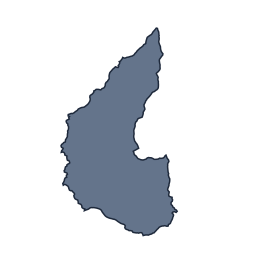 outline of Monte Santo do Tocantins, Tocantins, Brazil, rotated 100°
{"feature_id": "56859067B11136722399220", "entity_name": "Monte Santo do Tocantins", "entity_type": "district", "adm_level": 2, "iso_a3": "BRA", "parent_name": "Brazil", "parent_adm1": "Tocantins", "projection": "albers", "projection_center": [-49.085, -9.988], "detail": "fine", "context": "isolated", "style": "filled", "palette": "slate", "viewbox_px": 256, "rotation_deg": 100, "n_neighbors": 0, "source": "geoboundaries", "source_scale": "gbopen_adm2", "svg_char_len": 5086}
<svg xmlns="http://www.w3.org/2000/svg" viewBox="0 0 256 256"><g transform="rotate(100 128 128)"><path d="M187.8,76.0L186.4,76.4L185.0,76.3L183.8,76.3L183.0,77.3L182.1,78.2L180.9,78.3L179.2,78.0L177.6,77.7L176.1,77.9L174.4,77.7L173.1,77.7L171.6,77.9L170.5,78.2L169.7,79.0L168.6,79.5L167.2,80.2L166.0,80.0L164.6,80.8L162.9,81.3L161.1,81.8L159.2,82.3L157.9,82.4L156.7,82.7L155.4,82.5L154.0,81.9L152.5,82.5L151.5,83.6L150.7,84.4L149.4,85.1L148.1,85.9L149.0,86.7L150.2,87.1L151.3,87.9L151.9,89.2L152.2,90.4L152.2,91.6L153.3,92.8L153.8,94.3L154.1,95.5L154.3,96.8L153.6,98.5L153.3,100.1L153.5,101.4L153.5,102.6L154.2,103.9L155.5,104.8L156.2,106.2L156.8,107.3L157.0,108.4L157.0,109.9L156.7,111.3L156.4,112.9L155.5,113.9L154.2,115.1L153.8,116.1L152.9,117.3L151.2,118.0L150.0,118.8L146.1,114.0L144.5,114.9L143.5,115.5L142.3,116.4L141.4,117.5L140.6,118.2L139.8,119.1L138.5,119.7L137.3,120.2L136.0,120.8L134.4,121.0L132.8,121.0L130.9,121.5L129.3,121.9L128.1,121.8L126.6,121.5L124.8,121.3L123.5,121.7L122.2,121.6L120.9,121.5L119.9,120.6L118.4,120.2L117.0,119.7L116.2,118.4L115.6,117.2L114.8,115.9L113.2,115.7L111.4,115.5L109.9,115.8L108.3,115.2L106.5,114.6L105.1,115.2L103.9,115.9L102.3,116.3L100.8,115.8L99.4,115.4L98.0,115.2L97.1,114.6L96.0,114.3L95.0,113.6L93.8,112.8L92.3,111.9L90.5,111.0L89.0,110.4L88.1,109.5L87.4,108.2L86.2,107.3L85.3,106.2L84.4,105.6L83.3,105.2L81.7,105.3L79.7,105.6L78.2,106.0L76.8,106.2L75.6,106.9L74.4,107.1L72.8,107.1L71.5,108.0L70.5,108.9L69.3,109.6L68.2,108.9L67.3,108.0L66.1,107.4L65.0,106.8L63.8,106.7L62.3,107.1L60.2,107.4L58.7,108.1L57.4,108.5L56.2,108.9L54.9,108.9L53.9,108.4L52.9,107.9L51.7,107.4L50.3,106.5L48.8,106.5L47.8,107.7L46.7,108.6L45.6,109.2L44.3,109.7L43.1,110.0L42.0,110.3L40.6,111.3L39.3,112.0L38.3,112.5L37.2,112.8L35.7,112.7L34.0,112.9L32.6,113.5L31.5,113.4L30.4,113.9L29.2,114.1L27.8,114.6L26.5,115.6L24.8,116.3L24.7,117.5L26.2,118.3L27.7,119.2L29.1,120.1L30.7,120.6L31.9,121.2L32.8,122.3L34.1,123.6L35.4,124.8L36.7,125.0L38.4,125.2L40.5,125.3L41.8,125.2L43.2,127.0L44.5,127.5L45.5,128.3L46.4,129.1L47.3,130.1L48.6,131.0L50.3,132.3L51.9,133.0L53.4,134.1L54.7,134.6L56.3,136.2L57.1,138.0L58.2,140.1L58.6,141.4L59.5,142.7L59.8,143.8L59.4,145.5L60.5,145.6L62.0,146.4L63.4,147.0L64.1,148.2L65.2,147.4L67.1,147.8L68.1,148.5L69.0,147.9L70.1,148.2L70.2,149.4L69.9,151.0L71.4,152.1L72.8,153.3L74.3,154.1L75.7,155.0L77.0,155.6L78.8,155.7L80.1,155.7L81.2,155.4L82.8,155.1L84.6,156.0L85.7,156.4L86.9,157.5L88.5,158.0L90.0,157.8L91.5,158.1L92.8,158.8L93.7,160.4L95.2,161.4L95.1,164.2L95.5,166.1L96.8,167.1L97.4,168.1L98.7,167.9L100.6,168.9L101.6,170.0L102.7,171.0L104.2,171.0L105.8,170.3L107.2,170.1L108.7,170.4L110.3,171.0L111.6,171.7L112.8,172.7L114.9,174.6L115.4,175.7L115.9,177.3L117.0,179.0L118.0,180.3L119.5,181.0L121.0,182.7L122.3,183.7L123.4,185.1L123.5,186.5L124.4,187.9L125.1,189.2L126.5,189.1L126.9,187.6L128.1,188.2L129.3,187.4L130.2,188.6L131.3,190.0L132.5,190.0L133.8,189.1L134.4,188.0L135.8,187.7L137.0,186.8L138.6,186.5L140.2,186.5L141.4,187.0L142.9,186.5L144.2,186.6L145.3,186.5L147.1,186.2L149.1,186.9L150.5,187.5L152.6,187.3L153.4,188.7L154.6,189.4L155.7,190.5L157.2,190.9L158.6,190.1L159.2,188.3L160.5,188.6L161.9,189.4L163.6,189.5L163.0,188.2L163.2,186.9L164.1,185.9L165.6,185.5L166.2,183.3L167.9,183.1L169.3,182.6L170.4,182.0L170.3,180.7L171.2,179.9L172.5,179.3L173.3,179.9L174.1,181.1L175.0,181.8L176.1,181.6L177.1,182.8L178.8,183.0L180.0,182.9L181.0,183.5L182.4,183.0L182.7,181.3L183.1,180.1L184.3,179.6L185.0,180.4L186.2,180.4L187.1,179.8L188.1,181.2L189.4,181.6L190.9,181.6L192.6,182.0L194.0,182.6L195.6,181.8L194.6,180.8L194.6,179.6L195.2,178.3L195.6,177.2L196.5,176.4L198.0,175.7L199.4,174.8L199.7,173.6L199.5,172.4L200.4,171.4L201.1,170.2L202.3,169.1L204.1,169.6L205.8,168.8L207.0,167.7L207.4,166.5L207.7,165.0L209.2,164.3L210.8,163.9L211.1,162.5L211.4,161.1L212.5,160.1L214.3,159.5L215.1,158.0L215.2,156.5L217.0,156.6L216.3,155.6L215.7,154.5L215.0,153.2L214.1,152.2L213.2,151.4L212.7,150.2L212.6,149.1L212.3,147.7L212.3,146.1L212.3,144.9L212.5,143.4L212.7,141.9L213.2,140.7L213.8,139.8L214.7,139.2L215.6,138.4L216.3,137.6L217.5,136.3L218.6,135.0L219.3,133.6L219.8,131.7L220.1,129.7L220.1,128.4L220.3,126.9L220.3,125.4L220.6,124.2L221.1,123.1L221.8,121.8L222.6,119.9L223.2,118.5L223.5,116.7L223.6,115.5L224.0,114.5L224.8,113.7L226.4,113.9L227.6,113.2L228.1,112.1L228.3,110.4L228.9,109.1L228.6,107.8L228.7,106.1L229.9,105.0L229.9,103.5L229.9,101.7L229.6,100.5L229.7,99.3L229.0,98.0L228.7,96.3L230.0,95.1L231.3,94.4L230.7,93.1L230.2,91.8L230.0,90.4L229.9,89.2L229.2,88.3L228.7,87.3L228.2,86.2L227.3,85.5L226.7,84.1L225.5,83.4L224.2,82.5L222.8,81.7L221.7,80.8L220.5,80.2L219.4,78.9L218.6,77.3L218.3,76.0L217.8,74.9L217.9,73.8L218.0,72.5L217.5,71.4L216.0,71.4L215.3,70.4L214.4,69.7L212.7,69.4L211.2,68.9L209.8,68.5L208.2,68.4L207.0,68.1L205.8,68.0L204.9,68.7L204.1,69.8L203.0,69.2L202.3,67.8L202.8,66.0L201.5,65.1L200.4,66.1L199.9,67.8L198.6,68.7L198.0,70.1L196.6,70.9L196.0,72.1L194.9,72.5L193.6,72.6L192.5,71.7L191.0,71.6L189.9,72.4L188.6,72.5L188.4,74.5L187.8,76.0Z" fill="#64748b" stroke="#1e293b" stroke-width="1.5"/></g></svg>